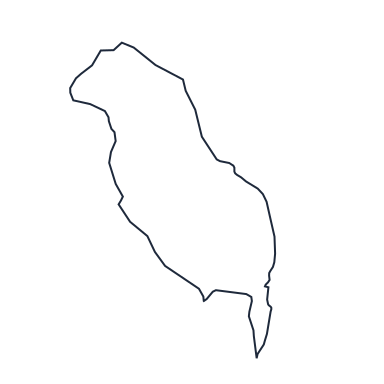 an SVG outline of Iğdir, rotated 47°
{"feature_id": "TUR-4840", "entity_name": "Iğdir", "entity_type": "Province", "adm_level": 1, "iso_a3": "TUR", "parent_name": "Turkey", "parent_adm1": "", "projection": "orthographic", "projection_center": [44.174, 39.869], "detail": "fine", "context": "isolated", "style": "outline", "palette": "slate", "viewbox_px": 384, "rotation_deg": 47, "n_neighbors": 0, "source": "natural_earth", "source_scale": "10m", "svg_char_len": 1168}
<svg xmlns="http://www.w3.org/2000/svg" viewBox="0 0 384 384"><g transform="rotate(47 192 192)"><path d="M357.7,258.1L339.5,245.0L335.1,241.4L321.7,235.2L318.7,231.7L312.6,222.6L309.2,220.2L303.7,221.9L280.1,241.5L279.1,244.8L280.3,254.3L279.8,257.7L279.7,257.7L276.2,255.0L267.5,252.9L227.7,262.1L210.5,260.0L193.8,254.7L171.6,257.6L151.0,254.1L149.8,249.8L148.2,245.7L134.1,242.3L114.2,232.7L107.5,224.0L102.7,213.1L95.4,207.9L90.9,207.9L83.5,204.5L80.4,202.1L73.4,200.5L58.3,206.5L44.0,216.3L36.4,213.3L32.9,210.2L29.7,199.3L29.9,192.4L31.2,178.7L26.3,162.2L34.8,152.6L34.9,141.5L46.6,136.1L74.3,132.1L103.6,121.9L113.7,127.6L134.0,133.5L158.3,147.1L185.0,151.7L188.5,150.5L196.2,145.0L201.0,143.8L203.1,144.4L206.0,147.1L207.8,147.7L210.2,147.4L214.7,146.1L221.1,145.3L234.4,141.6L241.9,141.6L250.0,144.1L262.3,151.3L280.9,162.1L293.8,173.3L299.5,179.7L302.0,183.9L303.1,188.3L303.9,190.8L305.8,192.7L309.2,195.2L309.9,198.0L310.0,201.3L310.8,203.0L313.8,201.1L321.9,210.4L326.0,212.9L327.1,213.1L329.6,212.7L330.7,212.9L331.8,213.9L333.1,216.1L346.9,234.0L350.3,239.9L352.5,243.5L355.2,254.5L357.7,258.1Z" fill="none" stroke="#1e293b" stroke-width="2"/></g></svg>